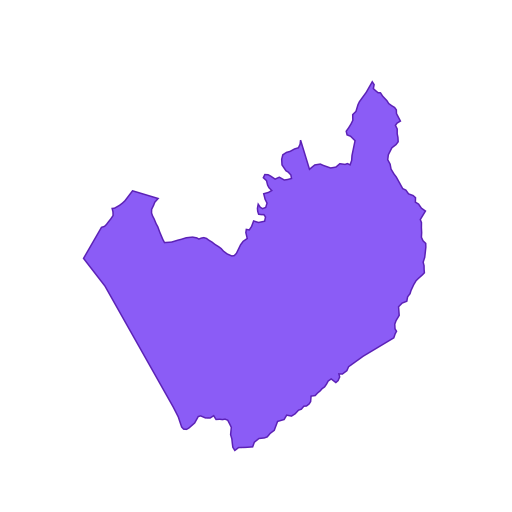 the district of Paranaguá, Paraná, Brazil, rotated 192°
{"feature_id": "56859067B59614170446294", "entity_name": "Paranaguá", "entity_type": "district", "adm_level": 2, "iso_a3": "BRA", "parent_name": "Brazil", "parent_adm1": "Paraná", "projection": "equal_earth", "projection_center": [-48.534, -25.55], "detail": "fine", "context": "isolated", "style": "filled", "palette": "violet", "viewbox_px": 512, "rotation_deg": 192, "n_neighbors": 0, "source": "geoboundaries", "source_scale": "gbopen_adm2", "svg_char_len": 3222}
<svg xmlns="http://www.w3.org/2000/svg" viewBox="0 0 512 512"><g transform="rotate(192 256 256)"><path d="M104.2,204.6L103.7,208.8L102.9,211.6L104.9,213.7L106.1,218.2L105.6,221.8L103.6,227.7L106.0,236.0L103.3,240.3L99.1,243.1L99.2,247.6L97.5,251.2L97.2,254.6L96.5,257.6L95.8,260.7L94.3,265.1L92.6,267.7L89.2,272.3L87.8,274.6L88.8,277.9L89.6,281.4L91.2,284.7L90.7,289.8L91.2,295.0L91.7,299.9L92.6,303.6L95.8,305.6L98.1,308.7L98.8,313.2L100.1,318.1L101.1,323.1L102.9,325.8L99.6,335.2L104.2,337.2L107.8,340.6L111.3,341.8L112.1,346.2L114.9,347.8L119.7,348.5L123.1,351.6L126.5,352.4L135.2,362.4L138.1,364.9L142.0,369.1L143.9,373.7L147.2,377.6L147.6,382.6L145.6,390.1L142.2,394.1L140.7,397.3L141.8,401.4L143.3,404.9L144.3,409.6L146.8,412.8L145.6,415.4L142.8,418.0L148.2,424.5L149.1,428.1L151.3,430.1L154.5,431.2L157.9,432.7L160.2,435.1L162.8,436.9L165.4,438.7L168.2,441.5L170.6,441.1L173.6,442.7L176.0,444.1L176.1,448.2L178.5,450.6L182.2,439.0L186.9,428.5L187.7,425.2L188.3,418.2L190.8,414.4L189.5,408.8L190.5,404.9L192.0,400.7L193.7,396.8L192.1,393.4L188.4,392.8L183.1,389.4L183.0,374.3L182.3,369.4L182.9,364.7L185.8,365.4L187.9,364.1L193.2,363.7L196.3,359.6L201.3,357.6L209.1,358.6L212.2,359.3L217.4,357.3L219.7,354.5L221.7,351.9L236.5,378.6L236.1,374.5L237.0,370.7L240.6,368.7L244.4,365.4L247.7,363.7L250.8,360.6L251.0,356.0L249.5,350.5L244.4,345.6L242.0,344.8L238.7,342.5L237.4,339.2L240.7,337.5L244.1,336.2L249.6,337.9L253.3,335.2L258.3,337.2L261.1,338.0L264.3,337.5L265.1,334.1L261.4,331.9L259.4,327.8L257.5,325.5L254.2,323.3L257.0,320.8L261.4,318.5L258.9,313.4L256.2,310.0L256.6,305.5L259.4,303.7L261.9,304.5L264.6,307.1L264.5,302.9L263.6,300.0L262.1,297.4L259.2,297.6L256.9,298.1L254.8,296.1L254.8,291.8L258.2,290.3L260.5,289.3L263.0,289.5L265.6,289.8L266.5,283.8L268.0,280.1L271.0,280.0L270.8,276.8L268.2,271.3L271.6,267.7L273.4,263.8L275.7,254.5L277.4,251.8L279.7,251.0L284.6,252.0L288.9,254.0L291.6,256.0L294.4,257.3L298.6,258.8L301.8,260.4L305.8,261.8L308.1,262.9L310.9,263.1L313.3,262.1L315.4,260.7L317.7,261.4L321.9,261.3L324.8,260.4L328.1,259.3L332.5,256.8L335.6,255.3L341.6,252.0L348.3,250.1L350.5,252.7L355.1,259.3L358.1,264.1L360.5,266.9L363.3,271.0L365.6,273.8L367.1,276.3L367.8,279.9L366.7,284.4L366.2,287.5L363.7,291.9L390.3,294.1L395.7,282.7L397.6,280.0L399.9,277.3L401.9,275.5L404.4,273.3L406.6,272.6L405.1,269.5L404.2,265.9L405.7,262.2L407.4,258.8L408.8,255.8L410.3,253.5L413.1,251.9L424.2,217.8L397.5,195.2L305.5,91.0L298.6,82.5L297.2,80.1L293.2,73.3L290.8,71.6L287.9,72.0L285.8,73.9L281.3,79.9L279.1,87.0L276.9,88.1L271.8,87.1L267.2,88.0L264.2,91.0L261.1,87.8L257.5,88.8L254.8,89.0L252.4,90.0L249.5,89.5L246.4,85.7L244.5,83.2L243.7,76.0L241.6,72.1L240.2,67.8L238.9,64.1L236.3,61.4L233.2,65.0L226.5,66.6L219.6,68.6L218.9,73.5L215.2,78.1L210.0,79.8L207.4,81.4L205.3,85.4L201.9,89.3L201.3,93.4L200.5,98.7L194.5,101.9L192.9,106.7L188.0,106.8L184.9,109.8L182.4,114.0L179.8,115.6L178.0,119.0L175.4,119.8L173.3,122.3L172.3,125.0L173.0,130.4L169.1,131.8L167.3,134.8L165.2,137.4L163.8,139.9L161.7,142.2L160.4,145.3L159.4,148.7L156.9,151.4L151.6,148.8L149.8,151.2L149.0,155.1L150.4,157.9L147.0,158.5L143.3,162.7L142.4,167.0L130.2,180.4L104.2,204.6Z" fill="#8b5cf6" stroke="#5b21b6" stroke-width="1.5"/></g></svg>